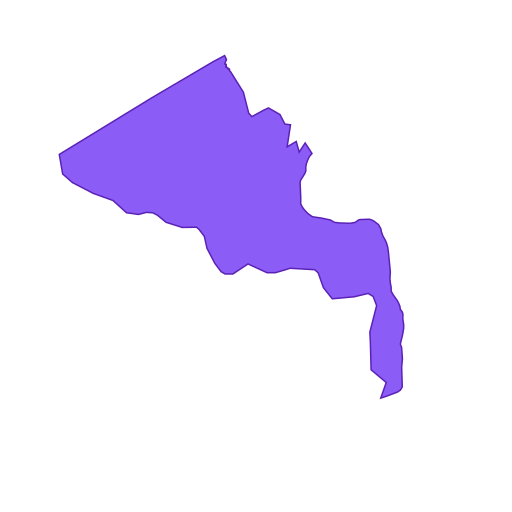 St. Charles, Missouri, United States of America, rotated 58°
{"feature_id": "52423323B56578424845475", "entity_name": "St. Charles", "entity_type": "district", "adm_level": 2, "iso_a3": "USA", "parent_name": "United States of America", "parent_adm1": "Missouri", "projection": "natural_earth1", "projection_center": [-90.636, 38.751], "detail": "fine", "context": "isolated", "style": "filled", "palette": "violet", "viewbox_px": 512, "rotation_deg": 58, "n_neighbors": 0, "source": "geoboundaries", "source_scale": "gbopen_adm2", "svg_char_len": 2201}
<svg xmlns="http://www.w3.org/2000/svg" viewBox="0 0 512 512"><g transform="rotate(58 256 256)"><path d="M169.1,318.0L179.8,314.4L192.7,303.4L200.0,291.3L202.7,290.3L211.9,289.4L223.5,293.5L240.5,294.8L250.8,293.9L254.8,291.8L259.0,285.1L258.5,267.0L276.0,255.5L280.4,248.5L283.3,238.2L284.4,233.7L298.7,213.5L303.2,212.2L318.6,215.6L332.7,214.0L342.6,194.4L347.2,180.7L352.4,178.1L362.0,180.0L380.9,199.8L389.7,204.7L413.5,218.7L432.3,212.6L442.6,225.5L443.9,220.4L446.4,207.9L446.2,204.5L444.5,201.3L427.5,191.4L420.8,186.3L411.7,181.5L410.2,180.8L408.0,180.5L406.9,180.0L401.8,174.8L399.9,172.9L395.6,169.1L392.4,167.1L387.3,164.9L383.5,162.4L381.8,161.8L380.5,161.6L377.9,161.9L374.8,160.6L372.1,160.1L371.4,160.0L368.6,159.8L362.0,160.2L358.7,160.1L357.2,159.8L353.6,157.7L350.6,156.6L346.5,154.6L340.7,150.5L324.4,142.4L323.2,141.8L318.8,139.8L314.1,138.4L311.1,138.0L305.9,137.7L301.9,136.8L299.1,135.7L294.3,135.5L289.1,137.4L286.7,138.8L284.8,140.5L280.2,148.5L279.8,149.8L279.8,150.7L280.1,153.9L278.2,158.7L272.4,167.4L269.1,171.6L264.9,173.8L258.6,180.3L252.9,187.0L252.0,187.6L247.7,189.4L243.7,190.3L242.8,190.5L238.3,190.8L235.4,190.4L230.0,187.0L216.8,179.5L215.3,177.8L212.0,171.0L210.2,168.6L206.6,166.4L204.3,164.2L202.5,161.9L200.7,159.3L199.8,157.6L198.8,154.2L186.2,154.4L190.7,164.3L180.2,161.2L179.9,171.7L163.0,157.2L159.4,161.6L148.7,160.7L137.0,167.0L136.4,172.2L135.6,185.6L131.1,186.5L110.4,179.9L86.2,179.9L85.6,180.1L85.3,180.2L84.7,180.2L84.3,179.9L83.8,179.7L83.5,179.5L83.3,179.5L83.1,179.6L83.1,179.8L83.2,180.0L83.1,180.3L82.9,180.6L82.7,180.6L82.2,180.4L82.1,180.2L81.8,180.1L81.5,180.4L80.9,180.6L80.6,180.7L80.4,181.0L80.1,180.9L79.9,181.0L79.7,181.4L79.6,181.5L79.4,181.4L79.2,181.0L79.2,180.7L78.9,180.4L78.5,180.2L78.2,180.1L77.9,179.8L77.7,179.7L77.5,179.8L77.4,180.1L77.2,180.3L77.1,180.6L76.7,180.7L76.4,180.6L76.2,180.2L75.9,179.9L75.7,179.7L75.2,179.1L74.8,178.5L74.7,178.4L74.7,178.1L74.3,177.6L73.9,177.6L73.6,177.4L73.6,176.9L69.4,176.4L68.5,189.4L66.6,260.8L66.4,283.5L65.6,369.0L84.0,376.5L96.6,372.7L116.7,360.8L133.1,347.9L150.7,342.9L158.5,333.6L160.9,325.9L164.6,320.7L169.1,318.0Z" fill="#8b5cf6" stroke="#5b21b6" stroke-width="1.5"/></g></svg>